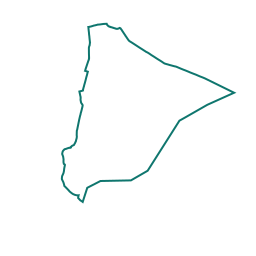 Nasr City, Al Qahirah, Egypt, rotated 26°
{"feature_id": "37247803B64528254011318", "entity_name": "Nasr City", "entity_type": "district", "adm_level": 2, "iso_a3": "EGY", "parent_name": "Egypt", "parent_adm1": "Al Qahirah", "projection": "robinson", "projection_center": [31.337, 30.032], "detail": "fine", "context": "isolated", "style": "outline", "palette": "teal", "viewbox_px": 256, "rotation_deg": 26, "n_neighbors": 0, "source": "geoboundaries", "source_scale": "gbopen_adm2", "svg_char_len": 4257}
<svg xmlns="http://www.w3.org/2000/svg" viewBox="0 0 256 256"><g transform="rotate(26 128 128)"><path d="M96.2,208.0L97.8,208.5L98.6,208.8L100.3,209.4L101.6,209.9L102.4,210.2L103.2,210.6L104.8,211.0L106.2,211.3L107.8,211.5L108.9,211.4L109.5,211.4L110.3,211.2L110.9,211.1L111.5,210.9L112.3,210.6L112.9,210.4L113.1,210.2L113.2,210.5L113.3,210.9L113.4,211.2L113.5,211.8L113.7,212.3L113.8,212.7L116.8,213.9L118.7,214.1L119.7,214.3L117.6,199.6L126.5,187.7L153.6,173.8L164.4,157.8L168.9,117.8L171.0,98.9L174.6,93.7L189.1,72.4L207.9,49.8L175.4,49.7L173.5,49.8L172.2,49.9L170.0,50.1L167.8,50.2L165.5,50.3L163.4,50.5L159.6,50.8L157.4,50.9L154.3,51.1L152.2,51.3L149.2,51.5L147.3,51.6L145.2,51.7L144.3,51.8L144.0,51.8L143.7,51.9L143.0,52.1L141.5,52.4L139.4,52.8L137.9,53.1L136.0,53.4L134.5,53.7L133.2,53.9L132.7,54.0L132.3,54.0L131.5,53.9L130.7,53.8L129.5,53.6L126.9,53.3L125.7,53.2L123.0,52.9L119.9,52.5L117.0,52.2L115.8,52.0L113.7,51.7L112.5,51.6L110.6,51.6L110.2,51.5L108.4,51.3L106.0,51.0L103.2,50.7L100.1,50.3L94.4,49.6L93.5,49.5L91.3,49.3L90.6,49.1L89.9,48.8L89.2,48.4L88.8,48.2L86.9,47.1L85.7,46.4L85.2,46.2L84.9,45.9L84.5,45.7L82.6,44.6L80.6,43.4L80.0,43.1L79.9,43.0L79.6,42.8L79.3,42.6L78.4,42.2L77.6,41.7L77.3,41.7L77.2,41.7L76.9,41.7L76.6,41.7L76.5,41.8L76.4,42.0L76.2,42.3L76.0,42.6L75.9,42.7L75.8,42.8L75.7,42.9L75.6,43.0L75.4,43.2L75.3,43.3L75.2,43.4L75.0,43.5L74.9,43.5L74.7,43.7L74.5,43.8L74.4,43.8L74.1,43.9L73.8,44.0L73.7,44.0L73.4,44.0L73.2,44.1L72.8,44.1L72.6,44.2L72.4,44.2L72.2,44.2L71.8,44.3L71.6,44.3L71.3,44.4L71.1,44.4L70.9,44.4L70.7,44.4L70.5,44.5L70.3,44.5L70.1,44.5L69.9,44.6L69.7,44.6L69.4,44.6L69.2,44.7L68.9,44.7L68.7,44.8L68.3,44.8L68.1,44.8L67.8,44.9L67.7,44.9L67.4,44.9L67.4,45.0L67.2,45.0L66.9,45.0L66.7,45.0L66.4,45.1L66.2,45.1L65.9,45.0L65.7,45.0L65.4,44.9L65.2,44.9L64.9,44.8L64.7,44.7L64.4,44.6L64.2,44.5L64.2,44.4L63.9,44.3L63.8,44.2L63.7,44.2L63.3,43.8L63.2,43.8L63.1,43.7L60.4,45.2L59.2,46.0L57.6,47.1L55.8,48.2L55.5,48.3L54.8,49.0L53.7,49.9L53.5,50.1L53.1,50.4L52.4,50.9L51.2,52.1L50.6,52.6L50.1,53.1L49.4,53.6L48.5,54.4L48.1,54.6L49.2,56.4L49.8,57.4L50.7,58.8L51.1,59.4L51.5,60.1L51.8,60.6L52.1,61.1L52.3,61.4L52.5,61.7L52.7,62.0L52.9,62.3L53.1,62.6L53.5,63.3L54.8,65.4L55.2,66.0L55.6,66.7L56.1,67.4L56.1,67.5L56.3,67.7L56.3,67.8L56.5,68.4L56.7,68.8L56.8,69.1L56.9,69.4L57.0,69.8L57.1,70.2L57.2,70.3L57.2,70.5L57.3,70.7L57.3,70.9L57.3,71.0L57.3,71.3L57.4,71.9L57.4,72.0L57.5,72.3L57.5,72.5L57.6,72.8L57.7,73.0L57.8,73.3L57.9,73.5L60.2,78.1L62.2,81.9L62.2,82.1L62.3,82.2L62.3,82.3L62.4,82.5L62.5,82.6L62.5,82.8L62.6,83.0L62.7,83.3L62.7,83.5L62.8,83.6L62.8,83.8L62.9,84.3L62.9,84.7L62.9,85.0L64.1,94.1L64.2,94.3L64.3,94.6L64.3,94.8L64.4,95.0L64.4,95.4L67.2,95.0L67.6,97.0L67.8,97.9L67.9,98.4L68.3,100.7L69.0,104.0L69.5,106.6L69.7,107.8L69.9,108.9L70.0,109.3L70.1,109.6L70.3,111.0L70.6,112.4L70.6,112.6L70.7,112.8L70.7,113.1L70.8,113.4L70.8,113.6L70.9,113.8L70.9,114.0L71.0,114.1L70.3,114.8L68.3,116.5L69.3,117.8L70.2,118.9L70.5,119.3L70.8,119.7L71.1,120.1L71.5,120.5L71.7,120.8L71.8,121.0L72.0,121.2L72.1,121.5L72.3,121.9L72.6,122.5L72.8,123.1L72.9,123.3L73.2,123.8L73.3,123.9L73.4,124.0L73.5,124.2L73.9,124.7L74.0,124.8L74.2,125.1L74.3,125.3L74.5,125.5L74.8,125.8L75.0,126.0L75.5,126.3L76.2,126.7L76.3,126.7L76.4,126.8L76.5,126.9L76.7,127.0L76.8,127.0L77.0,127.2L77.1,127.3L77.3,127.5L77.4,127.8L77.5,128.1L77.7,128.8L77.8,129.3L77.9,129.6L78.0,130.3L78.4,132.0L78.8,134.0L79.0,135.3L79.4,136.8L79.6,138.1L80.5,142.0L82.9,151.2L83.0,151.5L83.1,152.2L83.2,152.9L84.7,156.2L85.0,156.9L85.4,157.5L85.8,158.2L86.3,159.6L86.7,161.8L86.9,162.5L87.0,163.1L86.9,163.3L87.0,164.7L86.9,165.4L86.9,166.0L86.9,166.8L86.6,167.3L85.8,168.2L85.6,168.5L85.3,169.2L85.1,169.7L85.0,170.1L84.9,170.2L85.0,170.4L85.2,170.6L85.0,170.9L84.5,171.3L83.8,171.6L83.3,172.0L82.8,172.5L82.1,173.2L81.6,173.8L80.7,174.5L80.2,175.1L80.2,175.4L79.9,176.0L79.8,176.4L79.7,176.9L79.6,177.3L79.6,177.6L79.7,178.4L79.9,179.0L80.2,180.2L82.2,182.1L83.8,184.4L84.6,186.2L85.2,187.3L86.1,188.4L86.7,188.5L87.1,188.5L87.5,188.8L87.8,190.0L88.4,192.3L89.3,194.8L89.8,196.9L89.8,197.7L89.9,198.7L89.8,199.2L89.9,200.1L90.2,201.2L90.5,201.8L90.8,202.7L91.2,203.2L91.4,203.3L93.7,205.1L95.3,206.8L96.2,208.0Z" fill="none" stroke="#0f766e" stroke-width="2"/></g></svg>